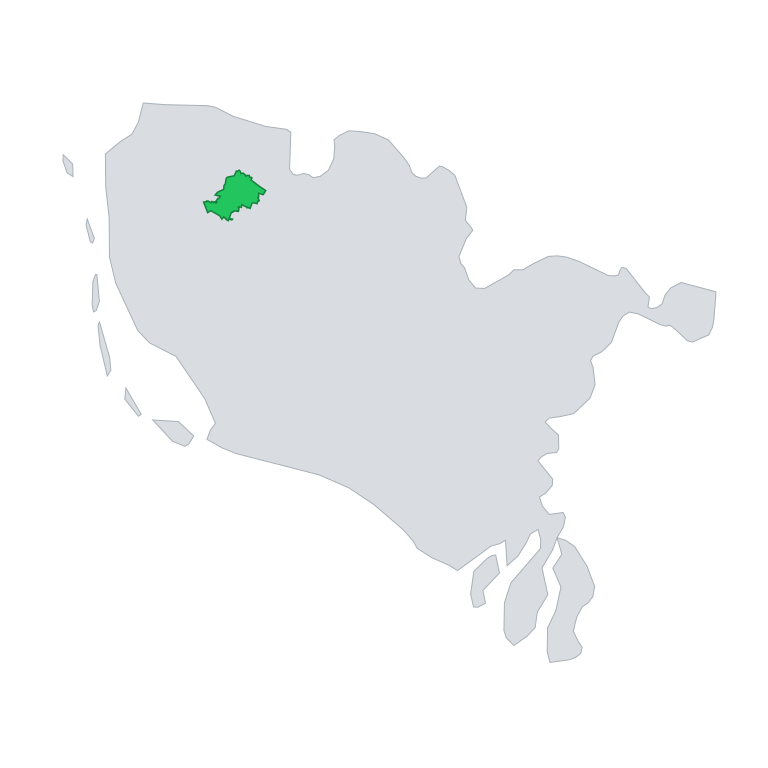 location of Midden-Drenthe, Drenthe, Netherlands, rotated 272°
{"feature_id": "6326949B32039619343175", "entity_name": "Midden-Drenthe", "entity_type": "district", "adm_level": 2, "iso_a3": "NLD", "parent_name": "Netherlands", "parent_adm1": "Drenthe", "projection": "orthographic", "projection_center": [6.517, 52.871], "detail": "fine", "context": "in_parent", "style": "filled", "palette": "green", "viewbox_px": 768, "rotation_deg": 272, "n_neighbors": 0, "source": "geoboundaries", "source_scale": "gbopen_adm2", "svg_char_len": 6480}
<svg xmlns="http://www.w3.org/2000/svg" viewBox="0 0 768 768"><g transform="rotate(272 384 384)"><path d="M487.7,712.6L473.1,712.0L459.3,711.4L452.0,710.2L444.3,706.7L440.9,699.5L436.7,690.8L437.9,685.6L450.9,670.7L452.9,666.6L451.6,664.4L453.0,657.8L463.0,635.6L464.4,626.7L460.1,620.3L453.8,616.5L433.3,609.7L423.6,600.2L419.2,592.0L414.6,589.6L407.9,592.3L390.8,595.0L377.1,590.4L361.0,574.6L357.5,560.8L355.7,550.2L351.7,546.4L346.2,551.7L339.0,560.2L325.3,560.9L321.5,558.8L320.9,554.0L320.3,549.5L316.6,543.7L312.6,540.5L294.9,555.9L288.5,555.7L280.5,549.4L276.6,543.3L267.6,546.5L259.4,553.6L261.8,567.5L257.4,569.9L247.5,568.3L236.5,562.3L224.2,558.4L205.7,548.3L179.1,555.1L161.2,545.1L146.0,543.6L136.9,535.8L127.2,522.9L134.7,515.0L141.8,512.5L169.6,512.0L189.6,517.7L225.0,546.1L234.1,546.1L244.0,543.0L239.3,535.5L230.3,531.7L217.0,524.0L206.6,513.4L232.0,510.9L228.6,505.5L225.6,496.4L200.1,464.0L204.9,455.7L212.2,437.6L221.0,422.8L227.8,418.9L238.9,408.5L263.4,377.7L279.0,352.5L290.9,322.3L309.3,238.8L314.4,224.6L322.5,209.0L332.1,212.2L338.8,216.9L362.9,205.5L404.3,175.2L416.8,148.5L428.7,136.1L475.6,112.3L501.4,105.2L541.1,103.5L569.8,99.2L604.2,97.5L617.4,112.5L625.0,123.5L637.4,129.5L656.4,133.5L655.5,155.3L656.0,198.2L654.7,205.8L646.2,224.0L637.3,256.6L635.0,278.0L632.3,282.1L595.5,282.1L590.3,285.9L589.6,290.5L591.5,296.0L590.6,301.5L587.7,305.9L589.3,313.0L595.7,321.0L607.4,326.0L619.9,326.4L626.3,325.5L631.1,331.2L635.8,340.0L635.5,351.1L633.8,366.1L627.9,380.0L610.9,396.0L603.2,401.7L596.0,404.6L592.6,408.8L591.0,414.2L591.4,418.9L603.6,431.7L603.4,434.6L599.8,441.3L595.1,447.5L563.5,460.6L550.4,459.6L543.0,466.1L540.6,467.3L532.4,461.3L513.9,454.4L507.0,456.7L503.1,460.4L491.4,464.9L483.1,472.0L483.0,481.2L497.6,505.1L502.7,509.9L502.9,518.7L510.0,529.9L517.3,544.0L518.1,552.9L517.2,561.9L513.3,574.6L500.2,604.4L500.1,610.2L501.1,614.5L505.5,615.7L508.9,618.0L507.9,622.0L483.5,642.6L480.3,646.2L470.2,645.1L468.6,648.5L469.9,654.1L473.8,659.1L482.5,661.7L489.9,667.0L495.8,677.4L487.7,712.6ZM236.5,562.3L234.2,570.8L228.3,580.2L208.9,593.3L188.9,601.6L178.7,600.1L171.9,595.1L168.3,590.0L158.0,584.8L143.5,581.8L134.3,586.6L127.7,591.2L122.0,590.2L118.0,585.9L115.0,579.5L111.6,559.5L122.5,556.4L145.9,556.0L163.7,563.7L187.4,567.9L205.9,559.1L220.0,567.7L236.5,562.3ZM199.9,480.3L213.3,493.2L216.1,497.3L217.0,501.6L199.2,506.0L181.1,490.0L168.6,493.1L164.2,485.7L164.3,481.2L177.3,477.9L199.9,480.3ZM339.3,179.8L325.4,195.7L317.2,191.0L314.8,187.1L319.4,174.6L340.0,154.1L339.3,179.8ZM400.9,108.9L388.2,110.5L382.5,107.2L413.3,98.7L432.7,96.2L436.1,97.5L400.9,108.9ZM483.4,93.2L456.5,96.7L447.4,93.8L446.0,91.1L453.3,89.6L476.2,89.5L483.3,91.8L483.4,93.2ZM371.0,126.2L345.3,142.4L343.2,139.7L359.8,125.5L371.0,126.2ZM593.0,65.2L580.4,66.0L584.0,60.0L595.6,55.4L601.9,55.4L593.0,65.2ZM538.5,81.7L519.4,89.4L514.7,87.7L515.9,85.5L532.7,80.7L538.5,81.7Z" fill="#d9dde1" stroke="#a8b0b8" stroke-width="1"/><path d="M543.0,216.3L545.3,217.8L545.1,218.1L545.3,218.2L545.0,218.7L544.7,218.5L544.4,219.1L544.2,219.4L544.4,219.5L544.2,219.8L544.1,219.7L543.9,219.9L543.8,220.0L543.7,220.1L543.4,220.5L543.3,220.4L543.2,220.6L542.9,220.6L542.7,220.7L541.7,222.6L543.6,223.6L542.7,225.6L543.0,226.7L543.5,226.9L543.5,226.6L543.5,226.4L543.5,226.2L543.4,225.7L543.5,225.5L543.6,225.4L543.8,225.1L543.9,224.9L544.0,224.6L544.3,224.4L544.5,224.1L544.7,223.7L546.0,224.1L547.1,224.5L550.0,225.4L550.1,225.6L550.3,225.9L550.3,226.0L550.2,226.1L550.2,226.3L550.8,227.3L550.9,227.5L551.1,227.7L551.3,227.5L551.4,227.8L551.5,227.8L551.6,228.2L551.7,228.7L551.6,228.8L551.8,229.9L551.8,230.3L552.0,231.2L551.7,231.3L551.4,231.3L551.4,231.6L551.3,231.8L551.4,232.0L551.4,232.4L551.5,232.5L551.8,232.6L552.0,232.6L552.3,232.6L552.5,232.6L552.7,232.8L552.8,232.8L553.0,232.8L554.2,232.8L554.3,232.8L554.5,232.8L554.6,232.7L554.8,232.6L555.0,232.5L555.0,232.4L555.3,232.2L555.5,232.1L556.0,233.1L555.8,233.1L555.8,233.6L555.7,233.9L556.0,235.3L555.9,235.4L556.6,235.5L556.9,235.4L557.8,235.5L558.0,235.7L558.3,235.8L558.2,236.0L557.9,236.5L557.6,237.1L557.5,237.3L557.3,237.7L557.3,237.9L557.1,238.1L556.9,238.6L556.6,239.2L556.6,239.3L556.5,239.5L556.1,240.1L556.0,240.3L555.9,240.5L555.7,240.7L555.4,240.7L555.4,240.8L555.5,241.0L555.4,241.6L555.5,241.6L555.4,241.7L555.4,241.8L555.4,242.0L555.3,242.8L555.2,243.0L555.1,243.5L555.0,243.8L555.0,244.0L554.9,244.1L559.9,245.8L560.5,247.4L560.3,248.4L560.2,248.8L560.2,249.1L560.1,249.4L560.1,249.6L560.0,249.8L559.9,250.4L559.9,250.5L559.8,250.9L560.0,250.9L560.7,251.0L560.8,251.1L561.5,251.3L561.8,251.6L562.0,251.4L562.3,251.7L562.4,252.0L562.5,252.1L562.8,252.9L564.9,252.0L565.0,252.0L566.0,251.5L566.3,252.2L569.8,252.1L570.3,252.1L570.1,252.6L569.9,253.4L569.8,253.8L569.0,256.7L569.2,256.8L569.3,256.8L571.2,258.0L571.3,257.9L573.0,258.9L573.2,259.0L577.1,252.7L580.6,247.8L581.3,246.8L583.2,244.0L583.3,244.0L584.2,244.3L584.3,244.3L585.3,244.9L585.7,244.4L585.4,244.2L585.5,243.8L585.6,243.6L585.8,243.6L586.0,242.8L586.0,242.7L587.0,242.1L587.3,241.9L587.6,242.0L587.6,241.9L587.7,241.7L587.6,241.4L587.8,241.1L587.8,240.9L587.8,240.6L587.7,240.4L587.6,240.0L587.6,239.8L587.4,239.0L587.2,239.0L587.3,238.8L587.3,238.7L587.3,238.3L587.5,238.3L587.6,238.2L587.9,237.9L588.0,238.0L588.5,237.7L588.8,237.3L589.8,235.9L589.6,234.5L589.3,233.7L591.4,233.0L592.6,231.9L592.5,231.5L592.4,231.4L592.3,231.2L592.1,230.9L591.4,230.1L591.7,229.0L590.9,228.7L589.6,228.2L586.8,227.0L586.8,226.9L586.7,226.6L586.2,224.3L586.0,223.6L585.9,222.9L585.2,220.2L584.1,219.2L580.6,218.6L579.0,218.5L578.4,218.4L577.0,217.3L576.9,217.2L572.9,216.9L572.1,215.4L571.5,214.1L571.1,213.3L571.0,213.1L570.7,212.5L570.2,211.5L570.0,211.1L567.0,208.7L567.0,208.8L566.8,209.6L566.7,209.9L566.6,210.3L566.6,210.7L566.5,210.8L566.4,210.9L566.3,211.3L566.3,212.0L566.3,212.3L566.2,212.8L566.1,213.5L566.0,213.9L565.8,213.9L565.8,213.7L565.6,213.7L565.3,213.6L565.3,213.2L564.9,213.2L563.5,212.3L563.8,211.6L562.5,210.7L562.3,210.6L562.1,210.5L560.7,209.6L560.1,210.4L559.8,210.2L559.6,210.4L559.2,210.1L558.9,209.9L559.1,209.5L560.1,208.1L560.2,207.9L559.4,207.4L560.5,205.6L559.1,204.7L559.5,204.1L559.6,203.9L559.8,203.6L560.6,202.3L560.2,202.1L560.2,201.9L560.3,201.7L560.9,200.7L560.5,200.5L560.2,200.3L560.3,200.2L560.5,200.1L560.8,199.9L560.1,200.1L559.5,197.3L554.3,199.6L549.1,201.8L551.1,204.9L548.8,209.4L548.7,209.4L547.9,211.1L546.4,213.9L543.0,216.3Z" fill="#22c55e" stroke="#15803d" stroke-width="1.5"/></g></svg>